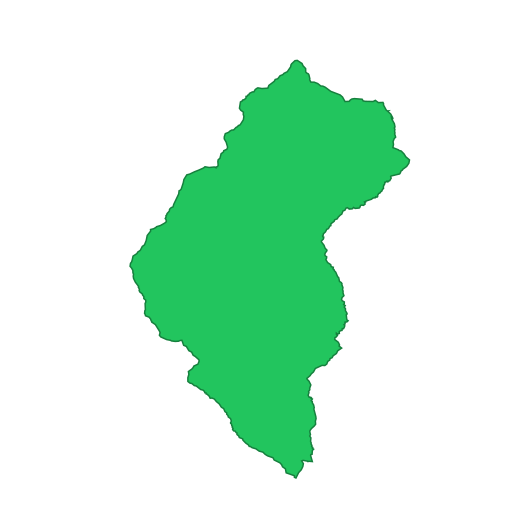 Maneciu, Prahova, Romania, rotated 18°
{"feature_id": "2599482B82003070175979", "entity_name": "Maneciu", "entity_type": "district", "adm_level": 2, "iso_a3": "ROU", "parent_name": "Romania", "parent_adm1": "Prahova", "projection": "natural_earth1", "projection_center": [25.967, 45.402], "detail": "fine", "context": "isolated", "style": "filled", "palette": "green", "viewbox_px": 512, "rotation_deg": 18, "n_neighbors": 0, "source": "geoboundaries", "source_scale": "gbopen_adm2", "svg_char_len": 6102}
<svg xmlns="http://www.w3.org/2000/svg" viewBox="0 0 512 512"><g transform="rotate(18 256 256)"><path d="M373.1,434.1L369.6,428.9L369.5,427.9L370.6,427.3L369.7,423.5L370.5,421.9L369.0,421.4L369.1,420.5L367.8,420.0L367.7,418.8L366.6,417.9L366.1,416.5L365.2,415.5L364.4,412.0L362.7,410.6L363.0,409.1L361.4,406.4L361.3,405.2L362.1,402.9L363.9,399.8L364.7,397.6L363.5,394.7L363.4,392.2L362.5,390.2L358.2,383.5L358.3,382.4L356.8,379.8L354.9,378.2L354.5,377.0L353.2,376.6L353.8,374.6L352.0,374.1L352.4,373.7L352.1,373.5L349.9,373.7L348.6,372.3L348.6,369.6L347.9,368.7L348.5,366.6L347.9,365.1L348.0,361.7L345.0,358.6L342.8,357.5L342.2,356.7L344.4,353.1L345.0,351.0L346.5,348.5L347.2,344.6L352.6,339.6L355.3,338.9L356.7,336.9L356.8,334.1L358.3,332.2L358.1,330.7L359.8,329.2L360.2,327.0L362.6,323.9L363.0,320.9L365.9,317.1L362.9,316.0L362.9,314.7L360.9,312.6L356.7,311.1L356.3,309.2L357.3,308.3L358.0,306.4L356.6,305.6L356.3,304.6L357.9,305.3L358.1,304.6L359.2,303.9L358.5,302.2L359.5,300.9L360.8,300.2L360.5,298.4L361.7,298.1L362.0,296.2L362.0,294.9L360.9,294.1L361.7,293.1L361.1,291.4L362.8,290.6L363.6,289.1L362.1,288.6L360.1,284.3L360.0,283.6L360.5,283.2L360.3,282.4L357.9,280.3L357.4,278.5L355.7,277.3L356.2,275.6L354.4,275.1L354.7,274.1L354.2,272.4L351.8,271.9L350.8,270.9L350.7,268.8L351.9,266.6L350.2,264.3L349.6,262.3L348.8,261.5L348.4,259.1L346.6,256.9L346.3,255.7L345.3,254.9L343.3,254.4L341.3,251.0L340.0,250.4L336.9,246.8L335.0,245.7L334.4,244.8L333.2,244.4L333.0,242.8L330.8,242.9L329.7,241.1L326.1,240.1L323.5,237.8L323.8,236.5L323.5,234.9L321.7,234.4L320.9,233.1L321.0,231.4L321.7,229.7L321.7,228.5L319.3,227.2L317.3,224.7L313.9,222.4L313.6,221.5L314.8,219.1L314.8,217.8L314.5,217.0L313.6,217.1L313.1,216.3L313.5,215.4L313.2,214.1L314.6,211.6L315.0,208.8L316.4,207.6L316.9,204.8L317.8,204.0L317.3,202.2L319.6,198.9L319.6,197.3L321.8,195.5L322.1,193.8L323.6,190.9L324.6,189.7L324.8,186.3L326.4,185.0L326.8,182.7L328.0,181.8L330.2,182.6L330.6,182.0L331.5,182.1L333.2,181.2L333.7,179.7L335.6,180.1L339.3,178.5L339.7,177.9L339.8,175.6L340.9,174.9L342.6,174.6L343.7,172.9L342.5,171.0L343.6,170.8L343.6,169.8L348.2,166.4L349.5,164.6L351.5,163.7L351.5,162.7L352.7,162.7L353.2,162.3L353.3,161.6L352.9,160.6L353.4,158.6L354.4,157.8L354.9,156.2L355.6,155.4L355.7,153.6L356.4,152.4L355.8,151.0L355.6,149.0L356.0,148.7L356.1,147.3L355.7,146.1L356.6,145.6L357.4,144.3L358.5,144.8L358.7,144.0L359.9,143.1L360.5,140.2L359.5,138.9L359.7,138.2L367.2,133.6L367.6,132.3L367.6,130.5L368.7,129.0L368.8,128.2L371.6,124.3L372.7,120.5L372.3,117.2L367.7,115.3L365.3,113.2L361.7,111.3L359.4,111.4L358.6,111.0L352.7,110.6L352.3,107.4L351.0,104.9L351.2,101.6L352.1,99.8L350.1,97.0L350.2,96.1L349.2,94.4L349.0,92.7L348.0,91.5L348.3,90.3L346.7,87.4L342.6,83.6L342.2,82.8L343.4,83.5L343.7,83.1L343.1,82.1L340.3,79.4L336.7,77.7L337.1,77.1L336.2,77.5L334.8,77.0L330.6,73.0L330.3,71.8L329.3,70.7L324.9,72.3L321.4,71.1L319.6,72.9L312.3,75.1L310.0,75.4L308.5,74.1L300.9,75.9L298.6,77.1L297.4,78.6L296.9,80.1L292.9,81.6L289.2,78.1L286.2,76.8L276.2,76.3L269.7,74.1L267.1,73.8L265.1,74.3L261.4,72.9L257.6,72.7L254.5,73.7L252.6,71.9L252.4,70.7L250.4,67.4L249.5,66.6L247.6,66.3L246.4,65.6L245.3,62.4L241.9,60.5L240.3,58.7L234.8,57.2L232.7,58.2L230.5,62.2L230.2,63.4L230.5,65.4L228.8,71.1L226.2,73.6L225.5,75.2L223.2,77.1L221.9,80.7L219.7,82.2L219.4,84.2L215.5,89.8L215.4,92.7L209.9,94.9L205.8,95.5L205.0,96.3L203.8,97.9L203.3,100.5L201.8,101.1L199.5,103.4L199.4,104.8L198.5,105.5L198.2,106.8L197.2,107.3L197.7,108.7L196.7,110.7L195.1,111.8L195.1,112.6L193.6,114.3L194.6,120.6L196.3,122.0L199.6,123.1L200.1,125.3L201.3,126.9L201.9,130.4L200.5,135.7L200.0,136.7L198.9,137.3L198.5,138.6L197.2,140.0L195.8,143.0L193.9,143.8L192.3,145.6L191.8,146.8L189.0,149.1L189.0,152.5L189.6,154.4L192.5,157.0L195.4,161.3L195.3,163.5L192.8,165.8L192.9,167.1L191.2,169.5L191.5,174.2L190.3,176.1L190.5,177.8L192.1,181.8L191.4,183.2L190.5,183.7L190.7,184.4L188.9,184.2L184.1,186.3L179.9,186.9L178.9,188.5L174.8,192.2L171.6,194.8L167.6,198.6L165.1,200.2L163.8,205.5L164.2,209.0L164.2,215.5L163.6,216.9L162.7,217.7L163.3,220.9L161.8,232.3L161.9,235.0L160.5,236.1L159.6,237.6L159.4,238.6L159.7,240.1L158.3,243.1L158.4,244.3L157.9,245.6L158.4,246.7L158.1,248.5L159.2,249.1L160.1,251.1L159.0,252.9L155.6,256.6L152.3,258.9L152.1,259.6L150.2,261.7L147.5,263.4L148.1,264.9L146.2,270.1L146.8,275.3L146.5,279.9L144.9,282.0L144.2,286.4L142.3,288.8L142.0,290.5L139.1,294.1L139.5,298.1L139.5,300.2L138.9,301.7L139.4,304.7L141.2,305.8L143.3,307.7L144.2,310.1L145.1,311.0L145.5,313.2L146.5,315.2L149.4,318.2L153.6,321.1L153.7,322.0L155.4,323.6L155.5,324.9L156.6,326.1L159.6,327.2L160.1,328.1L161.9,329.3L162.5,331.2L164.7,332.0L165.4,333.8L165.2,335.4L167.4,341.3L167.2,342.4L167.8,345.1L168.6,345.7L169.4,347.0L173.1,347.2L175.1,348.4L176.4,350.1L177.1,350.4L177.3,351.1L181.5,352.3L187.3,357.2L188.5,358.6L188.6,361.2L190.4,362.4L196.9,363.1L200.7,362.6L201.8,362.9L205.6,362.2L208.6,361.0L210.1,359.7L211.6,359.1L214.8,363.3L217.7,363.5L221.4,366.8L224.5,367.3L226.9,369.8L229.2,370.3L233.5,372.2L234.4,373.3L234.2,376.8L230.9,379.9L230.7,381.5L229.9,383.4L227.4,386.7L228.7,389.3L228.8,392.8L230.0,396.4L232.5,397.3L234.5,397.1L237.3,398.3L239.4,398.1L244.7,400.1L247.0,399.9L248.7,400.7L249.7,401.9L250.8,401.7L251.2,402.6L252.3,402.6L255.0,403.9L256.3,405.4L258.2,404.7L260.6,404.9L263.3,406.7L266.7,408.0L269.8,410.5L272.4,411.1L274.6,413.6L276.6,414.2L277.0,415.5L278.7,416.4L279.3,417.6L282.0,418.5L283.3,420.2L283.6,421.4L283.3,422.2L283.6,423.0L284.6,423.3L285.5,425.0L286.2,425.3L286.4,426.4L287.5,427.1L287.3,428.1L287.7,428.5L288.7,429.2L290.2,429.0L291.9,430.2L292.6,430.2L293.1,431.7L295.1,432.4L296.2,433.8L299.8,434.0L300.5,435.2L304.1,437.1L307.1,438.0L308.4,439.2L309.4,438.9L311.5,439.5L315.5,439.4L319.3,440.6L323.2,440.4L326.0,441.8L328.8,442.5L334.5,442.6L336.3,444.4L342.6,445.3L344.8,446.5L346.4,448.3L349.7,449.3L351.7,452.9L360.4,453.1L360.9,454.6L362.6,454.8L363.5,448.8L365.1,445.4L365.6,441.8L365.2,438.8L362.7,436.8L363.9,435.8L368.3,435.2L368.9,435.5L369.7,434.9L373.1,434.1Z" fill="#22c55e" stroke="#15803d" stroke-width="1.5"/></g></svg>